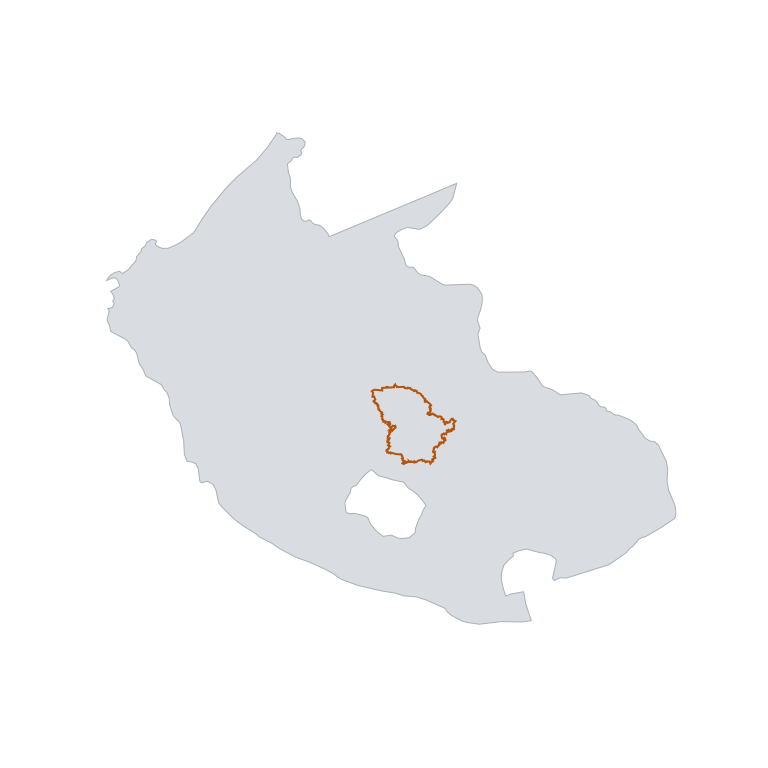 Lejweleputswa, Free State, South Africa (highlighted), rotated 70°
{"feature_id": "47623444B29116896592790", "entity_name": "Lejweleputswa", "entity_type": "district", "adm_level": 2, "iso_a3": "ZAF", "parent_name": "South Africa", "parent_adm1": "Free State", "projection": "orthographic", "projection_center": [25.98, -28.097], "detail": "fine", "context": "in_parent", "style": "outline", "palette": "amber", "viewbox_px": 768, "rotation_deg": 70, "n_neighbors": 0, "source": "geoboundaries", "source_scale": "gbopen_adm2", "svg_char_len": 9732}
<svg xmlns="http://www.w3.org/2000/svg" viewBox="0 0 768 768"><g transform="rotate(70 384 384)"><path d="M534.9,147.1L553.5,145.1L561.8,146.8L571.7,151.2L581.1,152.9L597.0,152.1L602.4,153.0L606.6,154.5L609.7,156.8L613.7,172.9L616.9,190.1L616.6,195.6L617.1,197.7L621.3,205.1L622.8,209.7L625.2,213.5L630.2,231.9L630.7,235.1L628.7,279.2L626.3,284.4L626.9,291.3L624.3,292.1L609.3,282.6L606.5,282.8L602.1,285.9L597.9,290.9L595.8,295.2L587.7,306.8L586.8,314.3L587.2,320.8L589.8,321.1L591.4,325.9L595.3,333.4L602.2,338.5L608.6,340.9L617.7,341.9L624.9,342.1L624.7,337.1L627.0,323.8L638.9,326.0L656.7,326.5L655.0,335.1L647.5,354.6L642.3,376.7L636.4,387.6L633.2,392.1L624.3,399.9L619.7,402.4L615.9,403.2L600.6,419.1L594.9,426.8L589.6,438.3L584.6,444.5L577.1,457.9L564.2,477.6L553.4,490.5L548.8,494.2L545.7,495.8L537.3,503.3L525.6,515.3L516.7,526.0L503.4,538.1L495.9,543.4L484.5,553.9L481.3,555.4L468.6,565.2L459.6,571.1L445.0,578.0L439.2,580.0L425.4,578.1L419.7,579.1L414.9,583.3L414.4,589.4L412.4,590.3L399.8,587.5L394.6,588.1L391.6,591.3L389.2,595.4L382.0,595.7L369.0,591.7L353.9,589.3L350.3,589.1L343.1,592.4L340.5,592.9L329.8,592.5L323.9,590.7L318.2,590.8L313.9,592.6L308.7,593.3L294.9,605.1L287.6,605.4L281.4,607.0L270.1,605.9L266.8,606.7L263.6,608.9L256.1,610.1L253.2,611.9L241.1,622.9L235.7,622.0L229.1,622.3L221.3,617.1L218.4,617.7L219.1,616.0L219.1,613.0L216.3,610.2L213.3,610.5L211.6,608.1L207.1,608.1L203.4,609.1L202.0,599.6L200.2,598.7L195.6,598.8L193.5,599.3L192.5,600.2L191.5,602.5L191.9,609.1L190.2,607.3L188.1,603.4L187.2,599.2L187.5,594.1L190.8,592.0L189.3,585.7L183.2,574.9L179.7,572.8L176.7,567.3L174.0,565.4L172.6,561.5L169.9,558.5L168.6,553.5L169.8,550.6L171.9,548.8L174.3,551.2L177.0,550.0L180.7,546.1L182.6,540.5L182.2,531.7L181.2,526.2L177.0,512.1L175.2,508.9L167.3,499.2L158.0,486.1L145.8,465.3L139.7,452.7L130.0,427.1L122.0,412.9L112.5,399.7L111.3,398.9L112.5,397.1L116.8,393.6L118.8,392.5L119.9,392.8L120.9,391.9L121.8,389.7L122.2,384.7L123.9,379.4L125.6,377.1L129.6,375.3L132.8,377.0L134.2,378.8L134.9,381.3L136.3,382.4L138.5,382.1L140.2,383.6L141.3,386.7L141.2,388.9L140.1,390.5L140.4,392.3L142.2,394.5L144.2,399.5L152.6,401.5L157.3,401.5L161.8,402.5L166.1,404.5L172.9,404.6L182.3,402.9L190.1,402.9L196.4,404.8L200.9,405.0L203.5,403.4L204.6,401.3L204.1,398.7L205.4,397.0L208.4,396.1L210.8,394.0L212.5,390.6L216.7,387.7L223.4,385.3L226.8,385.2L220.3,247.0L233.1,255.9L236.2,260.2L242.8,272.9L249.6,288.5L250.9,296.2L250.7,297.9L244.8,308.7L244.8,313.8L245.8,319.9L247.4,322.8L249.2,323.7L253.6,322.0L260.3,323.4L273.2,322.2L279.6,322.7L281.2,322.2L282.6,320.8L284.2,317.1L285.6,315.9L291.6,314.1L294.2,311.9L298.2,304.6L310.8,294.6L312.2,292.2L319.7,268.9L322.1,265.6L325.6,263.3L332.7,261.4L336.9,262.2L341.4,264.1L346.6,267.4L354.3,273.6L356.8,274.5L364.4,274.6L369.2,278.7L383.3,281.3L387.4,281.1L391.8,278.9L399.1,278.9L406.9,277.3L411.7,273.2L420.8,247.9L421.8,242.4L422.8,240.8L430.3,238.0L439.4,235.8L441.3,234.7L447.0,227.7L454.5,221.9L459.8,201.8L463.3,197.1L465.4,195.1L466.7,195.1L468.7,193.8L471.2,191.4L474.2,189.9L477.6,189.4L479.9,187.7L480.9,185.0L482.7,183.8L485.2,183.9L486.7,183.0L487.1,181.2L492.7,177.0L492.9,175.3L496.2,171.1L502.6,164.4L508.6,160.8L514.2,160.1L524.6,156.9L528.4,153.8L530.8,149.5L534.9,147.1ZM511.6,444.4L520.3,441.2L526.9,436.9L528.5,428.7L533.6,423.8L535.6,419.1L537.1,412.7L534.4,405.8L530.4,403.7L523.2,397.7L520.0,393.7L515.7,390.2L512.6,386.2L507.5,387.3L499.5,390.4L494.6,393.3L490.4,396.7L483.0,399.1L476.0,410.2L473.7,412.7L468.2,420.8L460.4,424.7L460.2,426.1L462.7,432.8L466.2,439.4L469.9,444.9L469.7,448.2L470.9,450.8L474.3,452.6L479.8,459.4L482.6,461.6L491.2,463.4L492.4,463.0L494.8,459.0L495.2,456.2L501.1,447.6L503.7,445.0L511.6,444.4Z" fill="#d9dde1" stroke="#a8b0b8" stroke-width="1"/><path d="M420.1,347.0L419.6,347.2L419.3,347.6L418.5,347.6L417.0,348.6L416.7,348.6L416.1,349.2L415.1,349.4L415.0,349.6L415.1,350.1L415.0,350.5L415.1,351.1L414.6,351.8L414.4,351.8L413.8,351.5L413.5,350.8L413.0,350.9L412.8,350.5L412.1,350.3L411.9,350.5L411.5,351.2L411.0,351.5L409.5,351.8L408.5,351.8L408.1,352.4L407.1,352.7L406.6,352.6L405.6,353.1L405.1,353.6L404.6,354.0L404.1,354.8L403.8,355.6L403.6,355.5L403.0,355.7L402.5,355.6L401.6,355.7L401.1,356.7L400.4,357.1L400.5,357.5L401.1,357.9L400.9,358.3L399.1,359.2L398.7,360.0L397.8,360.6L396.9,360.6L396.9,361.5L396.4,361.9L396.2,362.3L395.7,362.5L395.5,362.8L395.5,363.0L395.9,363.4L396.1,363.9L395.1,365.2L395.0,365.9L394.5,366.1L393.8,366.0L393.5,366.2L391.4,372.9L390.2,372.8L389.5,373.8L388.3,373.7L389.0,375.1L390.5,375.7L388.9,381.0L388.7,380.9L387.6,382.5L388.3,382.9L387.0,387.1L389.5,387.9L386.2,394.7L386.1,395.7L386.6,397.9L388.5,397.2L391.5,399.0L392.0,399.2L392.5,397.5L393.0,397.6L395.7,397.5L396.6,399.8L397.1,399.7L397.7,398.9L398.3,399.1L398.6,398.9L398.8,398.6L399.2,398.7L399.4,398.2L399.6,398.1L399.5,397.6L400.2,397.1L400.8,397.6L401.5,397.4L401.7,397.0L402.1,397.3L402.5,397.0L402.7,397.3L403.0,397.0L403.3,397.2L403.9,397.1L404.4,397.3L404.6,397.6L405.0,397.5L405.2,397.8L406.2,397.9L406.5,397.7L406.6,397.1L407.4,397.1L407.6,397.2L408.5,396.6L408.8,396.6L409.6,396.1L409.8,395.6L410.2,395.4L410.6,395.7L410.6,396.1L410.8,396.2L411.0,396.6L411.3,396.4L411.5,396.5L411.7,396.3L412.2,396.6L412.4,396.1L412.6,396.5L413.0,396.6L413.3,397.1L413.5,396.7L413.8,396.7L413.9,396.9L414.2,396.7L414.6,396.9L415.0,397.2L415.7,397.4L416.0,397.4L416.1,397.6L416.3,397.4L416.6,397.5L417.1,397.3L417.5,397.5L417.6,397.2L418.0,397.4L418.2,397.0L418.7,397.0L419.0,396.7L419.3,397.0L419.5,395.5L421.0,396.0L421.0,394.0L421.3,392.7L421.5,392.8L421.8,391.9L422.7,392.5L422.9,392.0L423.5,392.4L423.9,391.9L424.0,392.0L423.2,393.8L423.3,394.4L425.1,393.6L426.4,393.4L426.4,392.7L426.6,392.7L426.8,392.1L426.9,391.8L427.1,391.8L426.9,391.2L426.2,390.2L427.2,388.4L427.1,387.8L428.3,387.8L428.3,388.4L429.0,388.4L429.6,390.1L430.7,392.0L429.1,392.2L429.0,392.6L428.4,392.8L428.8,394.0L428.9,393.6L429.1,393.6L429.4,393.7L429.9,393.6L430.0,394.0L430.4,393.8L430.7,393.9L430.7,394.1L430.4,394.3L430.8,394.5L430.9,395.3L431.1,395.2L431.2,395.5L431.5,395.5L431.5,395.1L431.6,395.5L431.9,395.4L432.0,395.2L432.1,395.4L432.4,395.6L432.4,395.8L432.6,395.8L432.6,396.0L432.9,396.2L433.2,396.2L433.3,396.5L433.5,396.5L434.2,397.3L434.2,397.5L434.6,397.8L434.4,398.3L435.0,398.7L435.4,398.6L435.8,398.8L436.8,397.3L437.7,398.0L437.7,398.8L437.8,398.8L437.4,399.5L438.2,399.8L438.4,400.1L438.8,400.2L438.8,400.4L439.1,400.6L440.0,400.7L440.1,399.6L441.3,399.0L442.2,400.1L442.7,400.2L443.1,401.1L443.8,400.4L443.8,400.1L444.5,399.8L444.4,400.5L444.9,400.4L445.7,401.3L446.1,401.3L446.7,403.3L446.8,403.2L446.9,403.6L447.5,403.9L447.7,404.4L448.6,403.5L449.4,403.8L449.1,404.3L449.4,404.4L449.5,404.1L449.7,403.8L450.1,403.4L450.5,403.1L450.5,402.5L451.4,401.7L450.6,401.2L453.9,396.8L455.9,392.4L455.8,392.1L457.0,391.6L457.9,391.5L458.0,391.8L459.8,391.5L459.8,391.9L459.9,392.1L460.2,392.2L460.3,392.5L460.8,392.1L461.4,392.4L462.1,392.0L462.3,392.4L463.7,390.8L463.8,391.0L464.0,391.1L463.8,392.1L464.1,392.8L464.4,393.0L464.9,393.8L465.9,392.7L465.7,392.6L465.4,393.0L465.1,392.9L464.7,392.6L464.6,392.3L464.4,392.1L465.4,391.2L465.7,390.1L465.2,389.8L465.5,389.0L465.1,388.7L465.9,387.1L465.2,387.0L465.9,386.7L466.1,386.1L465.7,386.0L465.9,385.1L466.5,385.1L467.4,383.1L467.9,382.7L467.0,382.0L467.6,381.6L467.6,381.3L468.5,380.8L467.7,377.7L468.1,374.2L469.1,373.4L469.6,373.7L469.8,372.1L470.4,372.1L471.8,371.6L471.7,370.7L471.3,370.0L471.8,369.6L472.5,367.5L474.7,367.6L473.4,365.5L473.5,365.1L473.1,365.0L473.2,364.5L472.5,364.6L472.4,364.1L471.5,364.3L471.6,363.8L471.1,363.6L471.2,361.5L471.0,361.0L469.1,362.1L468.8,361.2L468.8,360.6L467.0,360.1L466.2,360.3L465.5,359.7L465.5,359.9L465.3,360.0L465.0,360.6L465.0,360.0L464.8,360.1L464.8,361.0L464.3,361.0L464.4,360.3L463.7,360.6L462.2,359.2L461.6,359.3L461.0,358.1L460.8,358.2L460.5,356.3L461.7,355.5L460.6,354.0L459.7,353.2L460.2,352.8L459.8,352.4L459.2,352.7L458.1,351.9L459.3,350.8L458.3,350.0L459.7,348.3L458.0,347.0L458.0,346.5L457.3,346.8L457.0,346.8L457.5,345.4L456.6,345.2L456.6,345.4L455.5,345.4L454.9,345.8L455.3,347.4L455.0,348.0L453.9,347.8L453.1,347.8L451.7,347.4L451.3,347.0L451.0,345.1L451.4,345.2L451.4,344.9L451.5,344.9L451.5,345.1L452.2,345.0L452.3,345.1L451.6,342.9L452.2,342.6L451.1,342.1L450.7,340.6L449.2,340.8L449.1,338.9L450.5,338.7L451.1,338.8L451.0,338.2L450.9,338.2L450.7,337.7L450.9,337.5L450.7,337.2L451.3,337.0L451.1,336.4L450.5,336.6L450.4,336.0L449.7,336.3L449.5,335.8L450.0,335.7L450.2,334.4L450.5,334.2L450.5,333.8L449.3,333.9L448.7,332.9L447.4,332.9L447.1,332.2L445.1,332.6L444.4,331.7L444.6,331.7L443.3,329.6L442.6,330.6L442.0,330.6L441.6,331.5L441.2,331.6L440.6,331.3L440.1,331.3L439.9,332.1L440.3,332.8L440.4,333.6L441.3,334.3L441.8,334.9L442.2,335.1L442.4,335.8L442.1,336.4L442.3,337.7L441.9,337.8L441.8,337.7L442.0,337.3L441.7,337.3L441.1,338.0L441.0,338.4L440.7,338.6L440.7,338.8L441.1,339.4L442.0,340.0L442.5,340.0L442.9,340.2L442.9,340.5L442.7,340.7L440.9,340.2L439.9,341.0L438.2,340.1L437.9,340.3L437.3,340.2L436.7,340.9L436.6,342.0L436.4,341.9L436.1,341.4L435.7,341.3L435.4,341.5L434.6,341.3L434.2,341.8L433.9,341.9L433.6,342.8L433.1,343.5L433.2,343.8L433.5,344.3L433.4,344.9L432.5,345.1L432.0,345.7L431.5,345.8L430.9,346.9L430.6,346.8L430.5,346.6L430.3,346.7L429.9,347.0L429.9,347.5L429.6,348.0L428.6,348.0L428.3,349.0L428.7,350.0L427.6,350.8L428.0,351.3L428.9,351.3L428.9,351.7L428.1,352.6L427.4,353.0L427.0,353.4L426.6,353.3L425.9,352.3L426.1,351.6L426.0,350.5L425.8,350.0L425.1,349.6L425.2,349.3L424.7,349.2L424.0,349.5L423.8,348.8L423.3,348.4L422.8,348.6L422.3,348.6L422.4,349.1L422.2,349.2L421.5,349.3L421.0,349.1L420.6,348.6L420.6,348.4L420.7,348.0L420.1,347.0Z" fill="none" stroke="#b45309" stroke-width="2"/></g></svg>